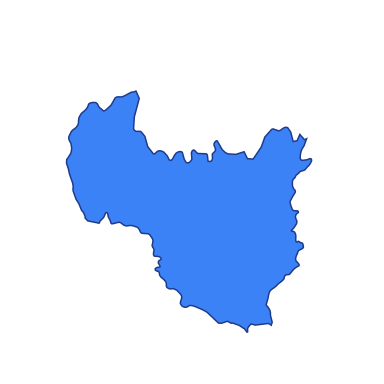 an SVG outline of Guadalajara, rotated 210°
{"feature_id": "ESP-5822", "entity_name": "Guadalajara", "entity_type": "Autonomous Community", "adm_level": 1, "iso_a3": "ESP", "parent_name": "Spain", "parent_adm1": "", "projection": "albers", "projection_center": [-2.665, 40.739], "detail": "fine", "context": "isolated", "style": "filled", "palette": "blue", "viewbox_px": 384, "rotation_deg": 210, "n_neighbors": 0, "source": "natural_earth", "source_scale": "10m", "svg_char_len": 4913}
<svg xmlns="http://www.w3.org/2000/svg" viewBox="0 0 384 384"><g transform="rotate(210 192 192)"><path d="M267.1,218.7L265.7,218.6L260.6,216.6L253.1,209.2L245.0,205.9L243.5,206.1L242.5,209.3L241.8,210.6L240.8,211.5L238.4,212.4L236.1,212.4L231.5,210.9L227.7,208.4L225.9,208.8L225.4,210.7L225.5,215.5L225.2,217.6L224.3,219.4L223.0,220.8L221.5,221.6L220.1,221.4L215.2,216.6L212.2,214.8L210.7,214.8L209.6,215.6L208.9,217.0L208.5,218.7L208.5,220.3L212.1,225.6L212.4,227.5L211.9,229.0L211.0,229.4L206.4,228.2L198.8,232.2L198.0,232.1L197.2,231.7L193.5,226.7L191.6,227.4L191.1,227.9L190.6,229.8L191.2,231.6L193.3,234.8L193.3,235.6L192.5,238.7L192.5,239.9L193.5,241.3L196.1,243.3L197.0,244.7L197.1,245.7L197.1,246.9L196.8,247.9L196.3,248.7L195.5,248.8L187.0,243.8L183.4,242.9L180.1,242.9L172.9,246.5L167.0,252.9L160.7,248.6L155.5,251.1L154.5,265.6L156.4,276.1L154.3,286.2L153.3,287.2L147.5,288.3L146.5,289.3L144.9,292.8L144.0,294.2L142.7,295.2L141.2,295.5L136.5,293.3L129.6,286.3L126.6,289.1L127.4,295.8L120.7,293.5L119.4,295.4L118.1,288.3L118.2,284.6L118.1,282.9L117.6,280.8L116.4,277.6L115.3,275.4L113.7,274.3L112.4,274.5L108.9,277.1L107.9,278.2L107.1,279.3L106.1,280.2L105.1,280.2L104.1,279.0L103.8,276.4L103.9,274.5L104.2,272.8L104.7,271.3L104.9,269.7L105.3,267.7L106.1,266.5L108.0,264.5L108.7,263.5L108.9,262.6L109.0,261.7L109.6,260.1L110.0,259.3L110.2,258.4L110.2,257.6L110.0,255.9L110.1,255.3L110.5,254.6L110.7,253.1L110.2,251.1L108.2,247.7L106.6,246.3L105.0,245.4L103.8,245.1L102.9,244.4L102.4,243.2L102.6,238.1L102.4,234.6L102.4,233.9L102.3,233.1L101.9,232.0L99.1,229.2L98.0,228.4L97.1,227.5L96.0,226.9L94.7,226.7L93.9,227.0L93.0,227.5L92.1,228.1L91.3,228.3L90.4,228.4L89.9,227.9L89.7,227.4L89.9,226.6L90.3,226.1L90.5,225.5L90.6,224.7L90.4,223.3L90.0,222.1L88.1,220.3L86.9,219.5L86.1,218.3L85.6,216.8L85.8,212.0L86.7,208.2L85.8,207.8L85.1,208.3L84.1,208.7L83.1,208.5L81.6,207.6L80.1,205.9L78.3,202.5L77.1,201.0L76.2,201.0L75.7,201.9L75.0,202.6L73.1,202.4L71.0,202.9L70.0,202.4L69.1,201.5L68.2,200.4L67.8,199.4L68.3,197.8L69.9,195.5L70.4,194.4L70.4,193.0L70.0,191.8L69.8,189.3L69.5,187.6L68.7,185.6L67.7,184.5L63.9,183.2L62.9,182.6L62.6,182.0L62.6,181.3L63.1,180.7L63.5,180.0L64.4,178.3L65.1,176.5L65.4,175.5L66.2,170.3L66.5,169.4L67.0,168.8L67.7,168.3L68.3,168.0L69.0,167.3L69.6,166.4L69.6,164.5L68.9,163.0L69.1,161.6L69.5,160.4L70.0,158.7L70.7,157.4L71.2,156.1L72.3,152.0L72.9,150.7L73.4,149.4L74.5,147.1L74.9,145.4L74.8,143.0L72.9,137.4L71.4,131.3L70.1,130.8L69.1,130.5L66.0,128.9L65.0,128.1L63.8,126.8L62.4,124.4L57.4,119.3L56.8,116.2L59.2,116.5L60.4,116.1L70.8,108.3L73.9,107.6L74.9,107.1L75.3,105.7L75.7,102.9L75.6,101.7L75.0,100.5L74.3,99.5L73.9,98.6L74.3,98.1L77.9,99.7L84.6,100.1L91.1,98.9L92.6,97.9L96.7,97.8L100.7,93.2L103.5,91.7L118.9,95.4L123.5,95.4L132.5,94.3L135.4,93.6L137.6,92.3L138.0,91.2L138.7,90.2L139.5,89.2L140.6,88.6L142.2,88.2L143.9,88.3L146.2,89.5L146.9,90.8L147.3,92.1L147.5,93.4L148.3,95.9L149.4,97.0L150.9,97.8L156.0,99.3L159.3,99.1L160.8,98.3L162.0,97.4L163.3,96.8L164.7,96.7L166.4,97.0L167.5,98.2L168.2,99.4L169.0,100.6L170.5,101.4L172.9,102.2L176.1,102.7L178.3,103.7L179.4,104.9L180.1,105.9L181.2,106.4L182.3,106.1L183.6,105.9L184.7,106.0L185.5,107.2L185.1,108.2L184.5,109.3L182.5,110.7L182.3,111.4L183.3,112.3L185.6,113.6L186.3,114.9L186.3,116.0L185.1,118.0L185.4,118.9L186.5,119.5L188.0,119.6L190.2,118.8L191.5,118.0L192.7,117.6L194.0,118.4L194.6,119.5L195.2,120.8L195.5,121.9L195.9,122.8L196.3,123.3L197.0,123.8L198.6,124.7L199.5,125.3L200.0,126.3L200.8,128.9L201.4,130.2L202.3,131.3L203.8,132.2L207.4,133.9L209.2,133.9L213.6,131.7L215.2,131.1L216.8,131.6L217.9,132.5L220.3,133.9L222.1,134.1L225.4,133.4L227.5,132.8L229.2,131.9L230.7,130.6L232.3,129.6L234.7,129.2L237.8,129.7L239.0,129.6L240.3,129.2L244.6,125.0L245.7,124.3L246.8,124.6L247.6,125.5L248.6,126.4L251.9,128.5L252.8,129.3L253.5,130.4L254.3,131.2L255.4,131.6L256.2,131.1L256.4,130.1L256.1,129.1L255.8,125.7L257.0,121.1L256.9,118.5L267.8,114.9L271.4,115.9L272.2,117.2L273.6,118.4L275.3,119.7L278.6,121.0L284.1,125.3L288.7,127.7L295.4,133.4L296.2,134.5L296.9,135.6L297.3,136.8L298.1,138.0L300.1,140.3L307.3,146.5L308.2,147.6L309.6,149.0L310.5,150.1L315.1,154.2L316.8,157.6L316.5,159.1L316.3,164.9L317.1,167.5L318.1,169.8L319.2,171.2L321.0,173.4L324.6,175.7L325.8,177.1L326.3,178.5L326.5,180.1L326.7,184.3L326.3,186.0L325.1,188.7L324.5,190.2L324.4,191.7L324.4,193.5L324.9,195.1L325.8,196.7L326.8,199.0L327.2,200.8L327.1,204.6L326.7,206.0L325.7,208.4L325.0,211.2L324.9,213.3L325.4,216.7L324.9,217.8L324.0,218.9L323.0,219.7L320.7,221.1L319.5,221.3L318.3,221.1L317.2,220.5L316.1,219.7L313.9,218.7L312.7,218.7L309.3,217.9L308.4,218.6L307.7,219.8L305.6,226.3L305.5,228.7L305.6,235.0L304.8,236.5L303.7,237.4L301.2,238.7L300.0,239.7L298.8,241.2L294.5,248.0L293.5,248.9L292.7,249.2L291.0,251.4L284.5,246.7L279.5,228.2L274.3,217.7L272.8,216.6L270.8,216.5L267.1,218.7Z" fill="#3b82f6" stroke="#1e3a8a" stroke-width="1.5"/></g></svg>